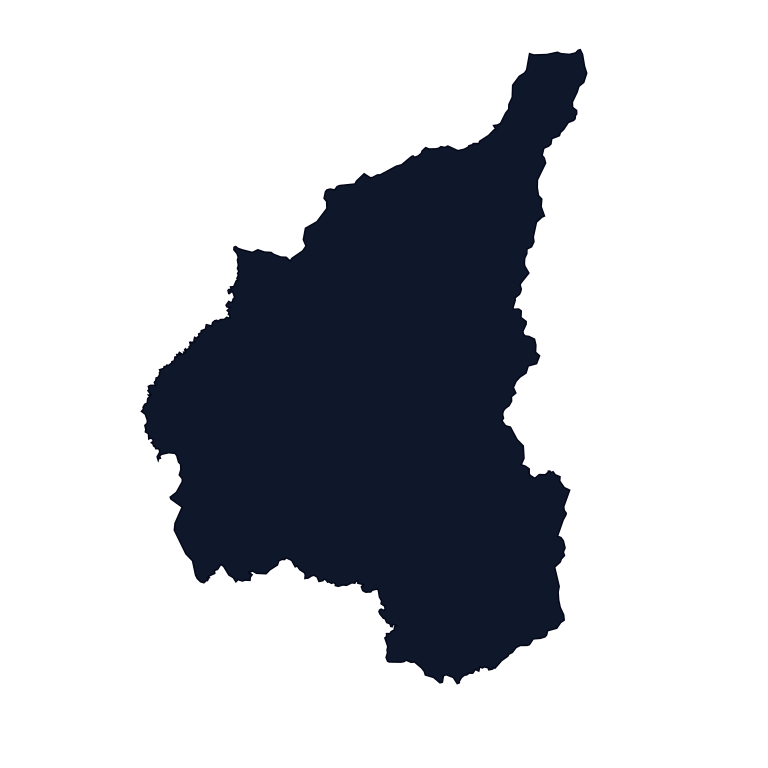 Mae Fa Luang, Chiang Rai, Thailand, rotated 82°
{"feature_id": "78962969B57610066237696", "entity_name": "Mae Fa Luang", "entity_type": "district", "adm_level": 2, "iso_a3": "THA", "parent_name": "Thailand", "parent_adm1": "Chiang Rai", "projection": "mercator", "projection_center": [99.673, 20.251], "detail": "fine", "context": "isolated", "style": "filled", "palette": "ink", "viewbox_px": 768, "rotation_deg": 82, "n_neighbors": 0, "source": "geoboundaries", "source_scale": "gbopen_adm2", "svg_char_len": 6156}
<svg xmlns="http://www.w3.org/2000/svg" viewBox="0 0 768 768"><g transform="rotate(82 384 384)"><path d="M690.9,353.2L690.4,351.0L688.9,350.8L685.4,348.1L683.5,344.7L683.6,342.6L682.2,340.1L682.7,336.3L679.4,333.3L681.5,330.1L677.5,328.5L678.9,326.1L678.1,324.1L679.4,320.6L681.7,320.0L681.4,316.0L680.0,315.2L680.9,313.7L674.2,305.9L670.8,299.3L668.9,297.9L667.7,294.3L663.3,289.8L661.9,285.4L662.8,278.4L662.3,276.2L657.2,271.7L657.6,264.4L656.8,259.7L655.2,257.9L651.1,256.3L649.9,246.9L644.8,242.2L642.9,238.4L637.6,238.2L629.6,240.6L622.4,241.1L614.3,240.5L608.8,238.7L589.1,240.5L584.8,234.2L582.0,232.8L579.0,229.1L575.4,229.8L571.5,227.5L564.3,228.2L560.7,230.1L558.9,233.4L543.4,225.4L538.9,222.0L537.3,221.5L534.2,223.1L530.5,223.1L514.9,214.9L511.7,219.9L504.5,223.5L500.3,222.6L497.8,227.0L494.4,228.8L495.0,230.7L493.4,231.8L493.1,233.4L494.4,233.9L496.3,236.9L495.3,242.9L498.4,247.7L495.0,251.8L493.0,252.7L488.3,252.0L484.9,255.6L483.1,259.4L477.1,255.7L464.7,254.7L457.5,260.0L444.3,264.8L442.2,269.5L436.8,272.3L434.5,270.4L430.7,270.8L427.5,269.7L425.2,267.5L422.8,263.1L418.7,260.0L414.3,259.6L411.3,254.7L405.5,256.4L399.7,252.8L396.0,248.3L392.9,241.8L386.2,238.7L385.1,230.1L377.7,226.0L373.6,229.5L366.6,228.2L360.5,228.7L357.0,234.0L356.0,237.7L353.6,239.1L351.1,239.1L344.5,234.9L341.9,234.5L337.2,239.1L330.7,237.9L328.5,240.2L328.0,245.2L326.8,245.8L319.4,242.4L316.9,242.2L314.1,237.5L312.2,236.1L309.1,234.8L305.1,235.4L303.3,234.6L294.3,225.1L286.7,228.2L284.1,228.2L279.1,227.2L274.8,224.4L270.3,223.7L268.7,218.8L264.0,215.7L259.2,215.7L245.0,210.5L240.8,204.5L240.0,201.7L230.3,203.7L222.8,202.0L218.9,204.8L210.9,204.9L203.1,203.6L187.7,193.2L182.5,193.8L179.6,195.6L172.8,192.9L171.4,187.9L169.6,185.3L164.4,183.7L162.5,175.7L159.6,174.4L157.0,170.7L150.7,165.1L149.4,159.6L147.9,157.8L144.8,157.1L143.5,155.6L139.9,155.2L136.3,158.7L131.0,158.2L121.7,152.0L116.4,149.6L113.1,144.2L104.4,140.0L97.2,141.2L85.4,141.5L80.2,143.1L80.5,145.2L82.8,148.2L83.4,154.5L81.5,162.8L79.6,166.1L80.4,176.8L79.0,189.9L77.1,193.9L92.7,199.0L95.5,201.4L98.1,207.2L106.0,215.0L117.9,217.1L124.5,221.4L129.3,222.3L132.6,225.8L142.1,232.3L143.3,235.4L143.3,239.5L147.3,237.9L147.8,239.9L152.4,245.8L156.9,255.5L159.1,256.6L158.3,262.2L159.3,262.9L159.9,266.9L161.2,267.8L162.7,272.0L163.2,278.4L157.2,287.7L158.2,290.7L156.9,294.7L158.2,297.1L158.3,300.5L157.5,306.8L155.7,309.8L158.5,313.8L160.8,315.0L163.0,318.6L163.8,322.2L162.2,323.4L162.5,325.0L169.4,336.1L170.0,341.5L176.4,358.7L176.0,361.4L177.9,366.7L177.8,368.9L173.0,374.4L179.2,383.0L181.9,385.0L181.3,400.2L181.9,402.9L184.9,405.8L183.4,410.3L183.9,413.7L185.6,415.3L191.8,417.5L195.3,415.4L202.2,416.1L214.0,427.9L218.8,440.1L229.9,443.8L236.5,442.0L240.9,446.0L246.7,457.7L249.2,459.8L244.9,463.2L243.9,468.6L240.3,475.1L238.0,477.5L236.7,484.0L233.5,490.3L235.4,496.0L231.5,505.5L229.3,509.8L227.2,511.7L227.7,513.5L230.2,514.0L234.4,511.4L238.3,510.7L240.7,511.9L246.1,511.7L249.2,513.1L252.2,512.1L254.1,513.6L256.1,513.1L259.0,515.0L260.7,514.1L261.3,516.0L266.7,519.3L266.5,522.5L269.0,522.0L268.8,524.7L269.7,525.5L272.8,525.2L272.9,524.2L271.6,523.3L271.9,520.9L277.5,519.9L278.9,521.6L281.9,522.9L281.7,525.2L280.6,526.2L283.9,529.4L285.6,529.0L287.1,525.9L289.4,529.1L291.3,527.5L293.5,528.4L294.3,527.1L296.8,527.3L297.2,528.4L296.0,530.4L297.8,533.2L297.4,537.0L298.8,539.5L297.6,540.7L297.8,542.8L299.3,545.2L302.6,546.4L300.5,551.7L304.8,553.2L305.8,557.6L307.9,558.0L308.6,560.6L311.3,560.6L311.5,562.1L312.7,562.9L311.4,565.0L314.4,566.2L316.1,565.7L315.9,567.5L316.7,568.2L315.5,569.5L315.7,570.6L318.9,570.2L320.2,572.0L321.6,571.7L322.7,575.0L321.5,575.7L322.4,576.7L324.8,575.7L324.6,578.0L326.0,577.5L326.6,579.5L324.2,582.2L325.1,582.9L326.5,582.0L326.0,585.2L328.0,584.9L328.2,587.3L332.0,588.5L332.3,590.9L333.8,591.5L335.6,594.7L335.0,596.4L336.4,597.8L336.2,599.3L338.0,600.1L338.6,604.3L340.3,603.7L341.3,604.7L343.6,605.0L345.8,606.6L346.3,608.8L349.0,609.6L350.3,611.2L353.6,610.6L352.8,615.3L353.5,617.7L356.7,617.4L357.7,618.7L362.3,616.3L362.1,618.9L364.2,617.7L365.4,620.0L369.9,621.1L370.8,623.8L373.6,625.9L375.4,625.7L377.3,628.0L380.8,624.6L387.3,623.4L390.0,624.1L391.7,626.6L395.9,626.2L398.2,627.0L400.4,624.2L405.7,624.6L405.1,622.6L406.4,620.6L408.4,620.5L409.8,622.6L410.8,621.3L413.5,620.7L413.9,619.7L416.3,619.0L416.7,616.3L418.2,615.6L420.3,615.6L424.5,618.8L428.2,618.2L426.1,617.1L426.4,615.8L424.2,616.2L422.7,614.2L422.1,606.7L423.6,600.6L426.1,599.2L432.8,598.3L435.1,596.6L440.5,597.1L445.6,599.4L449.6,597.0L452.6,597.3L462.3,604.6L466.3,611.5L468.3,611.0L477.8,601.0L492.8,610.3L499.5,612.0L524.7,603.8L532.4,598.2L547.1,597.2L550.6,596.0L554.3,593.2L555.8,590.0L553.9,587.3L554.1,586.2L552.8,585.3L551.7,585.6L551.5,583.9L550.0,584.7L548.0,577.9L545.1,577.9L544.4,574.6L539.9,570.7L542.3,568.2L551.6,564.2L554.8,560.2L559.3,558.2L557.4,555.8L559.4,551.6L558.9,549.0L559.8,544.0L556.7,543.3L554.6,541.2L554.0,542.7L553.0,542.2L552.2,544.0L551.3,544.1L551.0,540.0L553.7,536.7L555.5,527.2L552.1,522.8L548.4,514.7L544.5,512.8L543.5,509.6L544.0,506.9L542.5,505.1L545.8,500.0L552.7,497.4L552.2,495.2L556.1,493.3L559.8,489.1L561.8,488.5L565.6,489.4L565.6,486.0L563.9,482.3L563.7,479.9L565.8,477.1L570.5,475.9L570.2,471.8L569.0,470.8L569.5,469.1L572.4,467.4L572.3,466.1L574.1,463.8L573.7,461.4L575.3,459.8L576.8,460.3L578.0,457.5L577.3,452.8L578.2,449.1L576.4,443.6L577.2,440.6L574.9,438.5L576.1,437.2L577.6,437.7L579.7,432.4L581.7,434.7L585.6,433.8L587.6,431.2L588.1,426.0L586.6,424.4L586.1,419.7L587.1,418.3L594.3,418.2L598.4,416.6L601.2,417.5L604.1,414.3L606.8,414.2L608.3,415.3L606.5,418.2L607.2,419.8L608.7,420.7L611.3,420.0L615.9,417.2L616.5,415.7L620.6,414.5L622.5,411.3L625.0,411.1L625.5,409.7L623.2,408.9L625.1,405.2L625.9,407.4L629.0,408.1L630.2,411.4L632.0,412.7L631.5,416.3L634.3,416.5L635.6,418.5L644.6,416.8L647.7,418.0L650.8,418.0L655.1,420.0L659.1,419.0L660.0,417.5L661.8,406.0L661.7,402.9L660.6,400.5L663.4,395.9L663.5,392.5L670.4,386.3L674.3,384.1L677.9,383.6L681.5,375.7L687.7,370.2L687.5,367.7L681.3,365.8L680.5,363.0L684.3,356.2L690.9,353.2Z" fill="#0f172a" stroke="#020617" stroke-width="1.5"/></g></svg>